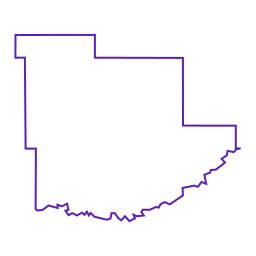 Grant, North Dakota, United States of America (Robinson projection)
{"feature_id": "52423323B34394260918721", "entity_name": "Grant", "entity_type": "district", "adm_level": 2, "iso_a3": "USA", "parent_name": "United States of America", "parent_adm1": "North Dakota", "projection": "robinson", "projection_center": [-101.561, 46.362], "detail": "fine", "context": "isolated", "style": "outline", "palette": "violet", "viewbox_px": 256, "rotation_deg": 0, "n_neighbors": 0, "source": "geoboundaries", "source_scale": "gbopen_adm2", "svg_char_len": 920}
<svg xmlns="http://www.w3.org/2000/svg" viewBox="0 0 256 256"><path d="M15.4,57.7L24.9,57.7L25.6,148.6L35.9,148.6L35.8,169.1L35.6,208.9L37.1,210.5L42.7,209.8L48.6,205.5L57.6,208.0L57.5,204.7L61.8,206.3L67.1,203.7L68.4,209.8L65.5,210.7L68.6,215.2L72.2,213.1L77.0,215.5L81.9,212.6L84.6,214.8L86.9,211.7L88.8,215.4L90.6,213.0L94.4,216.7L106.8,219.7L110.4,218.6L111.6,213.1L114.9,213.2L118.3,218.2L121.4,220.3L125.0,216.2L129.3,221.1L135.0,218.4L133.5,214.8L137.1,216.2L143.8,215.5L141.3,211.9L142.9,209.7L149.6,209.8L155.9,207.0L158.8,207.6L160.4,204.3L164.7,202.1L169.8,204.4L182.9,195.4L182.6,188.0L194.1,185.6L197.9,186.8L201.5,182.0L206.2,183.9L204.4,174.8L210.1,172.6L210.7,170.0L215.9,169.6L225.0,162.6L221.6,158.8L226.8,155.3L227.6,150.8L233.7,152.1L236.6,149.0L240.6,148.5L235.8,148.3L235.8,125.7L183.0,125.6L182.9,57.9L94.9,57.7L94.9,34.9L15.5,35.0L15.4,57.7Z" fill="none" stroke="#5b21b6" stroke-width="2"/></svg>